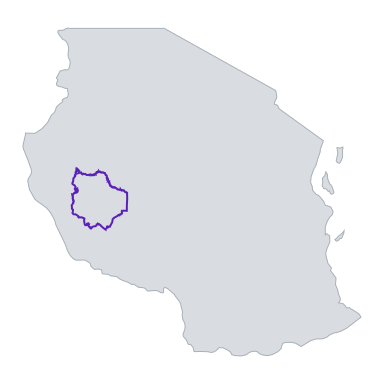 Mlele, Katavi, United Republic of Tanzania (highlighted)
{"feature_id": "72390352B12905062635487", "entity_name": "Mlele", "entity_type": "district", "adm_level": 2, "iso_a3": "TZA", "parent_name": "United Republic of Tanzania", "parent_adm1": "Katavi", "projection": "mercator", "projection_center": [31.658, -6.61], "detail": "fine", "context": "in_parent", "style": "outline", "palette": "violet", "viewbox_px": 384, "rotation_deg": 0, "n_neighbors": 0, "source": "geoboundaries", "source_scale": "gbopen_adm2", "svg_char_len": 8824}
<svg xmlns="http://www.w3.org/2000/svg" viewBox="0 0 384 384"><path d="M132.1,284.6L127.2,282.0L122.7,280.4L119.0,278.6L117.4,276.9L113.9,276.2L110.9,276.0L108.2,274.3L102.5,273.8L101.9,272.7L101.8,270.3L100.8,269.7L98.7,269.1L96.5,269.1L95.1,269.5L94.3,269.3L92.5,267.9L90.8,266.1L90.1,263.3L87.5,261.5L84.5,260.0L76.2,260.2L74.9,259.7L72.9,258.3L70.6,255.9L68.8,253.2L67.1,249.6L65.4,244.6L55.9,224.9L54.9,221.2L53.1,217.1L50.0,212.0L46.8,208.2L42.4,204.8L37.4,201.4L34.8,199.1L29.6,189.9L28.6,185.5L27.8,181.1L28.1,179.2L31.3,173.5L31.6,171.8L31.3,169.6L29.7,165.0L27.7,159.5L23.6,149.3L23.0,146.7L23.1,144.8L25.5,134.5L25.5,133.1L35.0,133.3L42.0,128.7L48.0,122.0L49.2,119.2L51.7,114.8L54.1,112.7L55.1,111.2L56.5,106.9L59.6,104.0L62.7,101.7L62.1,100.1L62.6,99.6L64.2,98.4L67.5,97.3L68.2,95.1L68.2,92.5L67.6,91.1L67.7,89.5L67.2,88.5L65.1,88.3L61.9,87.0L59.2,86.5L57.4,85.8L56.7,85.2L56.4,83.7L57.9,79.7L56.4,78.1L59.8,71.6L60.4,70.8L61.6,70.7L63.5,70.0L65.2,69.7L66.7,69.9L67.8,69.7L68.7,68.9L69.5,66.7L70.2,63.0L69.8,60.0L68.4,57.7L68.0,54.1L68.7,49.3L68.2,45.4L66.7,42.2L65.1,40.3L62.7,39.4L59.0,34.6L57.8,32.3L58.0,30.8L59.3,30.2L61.7,30.4L64.0,29.9L66.1,28.5L68.1,28.1L69.2,28.4L164.3,28.4L275.4,90.4L275.9,91.1L276.8,96.5L276.6,98.3L274.9,101.4L274.4,103.0L274.3,104.1L274.8,104.5L276.2,104.7L277.5,105.4L277.9,106.0L278.9,108.3L280.1,109.5L322.3,140.0L323.3,140.5L322.7,143.0L320.3,149.2L320.2,151.8L319.2,154.9L318.3,156.9L315.9,165.6L313.9,168.9L311.1,176.6L310.6,182.4L312.2,186.5L312.7,190.4L316.0,194.2L318.6,195.5L320.4,197.3L323.5,201.2L325.3,205.2L330.9,207.1L333.1,211.6L332.3,214.6L329.7,217.2L327.3,221.3L325.3,226.7L325.3,234.9L326.6,233.7L329.6,235.7L329.9,241.8L326.9,248.9L325.9,252.2L325.8,255.0L328.0,263.5L331.4,267.8L331.1,269.2L330.3,270.3L336.0,278.0L335.5,284.7L337.7,289.9L338.6,294.4L340.1,297.8L340.3,300.2L338.6,302.9L342.8,303.5L345.2,305.7L346.4,307.8L349.4,307.7L351.1,309.1L353.5,310.3L358.7,313.7L360.1,315.5L361.0,317.2L346.6,328.2L341.3,331.0L337.6,332.3L333.7,333.0L329.9,334.8L326.3,337.5L321.8,338.9L316.2,338.9L310.3,340.8L301.1,346.5L295.8,343.3L291.6,342.3L286.8,342.4L283.8,342.8L282.8,343.5L281.8,345.4L281.1,348.6L277.9,351.7L272.3,354.6L267.2,355.7L262.5,354.9L259.4,353.7L257.7,352.0L255.3,351.2L252.0,351.4L249.0,352.6L246.0,354.9L241.3,355.9L234.8,355.6L231.4,354.4L230.9,352.5L228.1,350.3L222.9,347.8L219.1,347.7L216.6,350.2L214.4,351.7L212.3,352.3L210.5,352.4L207.9,351.7L200.8,351.5L194.0,351.6L193.3,348.0L191.9,345.9L190.7,344.6L188.4,344.3L187.7,343.3L186.9,341.1L185.8,339.2L184.3,337.6L183.3,336.2L183.0,334.9L183.3,333.4L184.7,329.8L185.1,327.3L185.0,324.7L184.2,322.1L182.6,319.0L182.8,318.1L182.2,316.0L182.2,314.6L182.5,312.7L182.2,310.3L180.8,305.1L180.8,303.8L179.3,301.3L174.8,295.4L174.6,294.6L167.6,288.6L164.8,287.3L163.7,288.4L163.4,289.5L163.7,291.4L163.5,292.3L163.2,292.8L161.5,292.7L160.5,292.5L157.8,290.9L155.7,290.5L150.6,290.8L148.8,291.1L147.3,290.8L144.6,288.0L141.4,287.5L138.5,287.3L133.8,284.2L132.1,284.6ZM331.6,185.6L333.9,192.1L333.6,193.3L332.0,194.1L331.2,194.1L330.1,193.1L329.4,190.9L328.2,191.4L326.0,188.8L323.9,188.7L322.1,185.6L322.8,182.8L322.4,178.2L324.7,175.8L325.9,171.8L327.4,174.5L327.7,178.8L329.7,183.8L331.6,185.6ZM342.8,147.0L343.0,148.5L342.5,149.9L342.6,154.5L342.4,157.6L340.7,161.8L339.3,163.3L338.0,162.9L337.0,162.2L336.2,161.0L337.8,153.3L337.0,147.6L340.2,148.1L342.8,147.0ZM338.1,240.7L336.5,241.1L335.9,240.7L334.9,239.5L336.6,238.4L338.3,236.3L342.2,233.2L344.1,230.7L343.8,233.1L341.6,238.4L339.7,238.7L338.1,240.7Z" fill="#d9dde1" stroke="#a8b0b8" stroke-width="1"/><path d="M101.1,172.5L100.8,172.4L100.9,172.2L100.7,172.1L100.4,172.0L100.0,172.0L99.3,172.0L99.1,171.7L98.9,171.8L99.0,171.5L98.1,171.7L98.3,171.8L98.2,171.9L97.9,171.8L97.9,171.7L97.7,172.0L97.4,172.3L97.2,172.7L96.5,173.0L96.4,173.0L96.3,172.9L96.1,173.0L96.1,173.3L95.7,173.6L95.7,173.8L95.6,173.7L95.4,173.7L95.1,173.8L95.2,174.1L95.0,174.4L94.8,174.6L94.7,174.8L94.5,174.6L94.2,174.9L94.0,175.0L93.4,174.8L93.2,174.8L92.8,175.3L92.6,175.3L92.4,175.0L92.5,174.8L92.2,174.9L91.8,175.0L91.6,175.2L91.4,175.1L91.3,174.8L91.1,174.7L90.8,174.6L90.6,174.4L90.4,174.4L90.3,174.5L90.1,174.5L89.8,174.6L89.7,174.9L89.4,174.9L89.4,175.0L89.1,174.8L88.8,174.8L88.7,175.0L88.9,175.1L88.4,174.9L88.2,175.0L88.0,174.9L86.6,175.0L85.4,174.0L85.2,173.9L84.8,174.1L83.3,173.7L82.9,174.3L82.5,174.4L81.6,173.7L81.3,172.6L81.2,172.5L80.8,172.8L80.4,172.8L80.0,172.3L79.9,172.3L79.6,172.5L79.0,173.0L78.7,173.1L78.3,173.2L78.7,172.5L78.7,171.9L78.6,171.5L78.2,171.3L78.2,171.1L78.2,170.9L78.7,170.6L78.1,170.2L78.2,169.6L77.5,169.3L77.1,168.6L76.5,168.3L76.3,169.3L76.4,169.5L76.4,170.3L76.4,170.7L76.0,171.4L76.1,171.8L75.6,172.2L75.6,172.3L75.6,172.5L76.0,173.2L76.0,173.7L75.7,174.3L75.3,174.7L75.2,174.6L74.9,175.2L75.3,175.7L75.2,176.2L74.7,176.6L74.5,177.1L74.1,177.6L73.5,178.1L73.3,179.2L73.3,179.8L73.2,180.2L73.2,181.1L72.8,182.3L72.4,182.8L72.4,183.4L72.4,183.7L72.7,184.2L74.6,185.4L75.0,186.1L75.3,186.4L75.6,187.0L75.3,187.7L75.5,188.2L74.9,188.6L75.2,189.3L75.0,189.6L75.2,189.8L75.4,190.0L76.0,189.3L76.4,189.5L76.9,188.9L77.2,188.7L77.2,189.0L77.5,189.4L77.9,190.8L77.7,191.1L77.0,191.3L77.4,191.6L77.4,192.0L77.1,192.3L75.9,192.8L75.5,192.3L75.2,192.2L75.0,192.3L74.9,192.6L74.6,193.0L74.2,193.0L73.9,193.4L73.6,193.7L73.5,194.1L73.3,194.2L73.3,194.4L73.2,194.2L72.5,194.4L72.2,194.3L72.3,195.2L72.5,195.2L72.6,195.5L72.8,195.8L73.0,196.1L72.7,197.0L72.9,197.5L72.7,197.7L72.7,198.1L72.9,198.6L72.7,198.9L72.9,199.3L73.1,199.3L73.2,199.5L73.0,199.8L73.0,200.1L73.4,200.3L73.4,200.6L73.6,200.7L73.6,200.9L73.8,201.3L73.5,201.9L73.4,201.8L73.2,202.3L73.3,202.4L73.0,202.9L73.2,203.3L72.6,204.0L71.7,205.3L71.8,206.6L71.9,206.9L72.0,207.7L71.9,208.2L72.0,208.9L72.3,209.0L73.0,209.8L73.0,210.8L72.5,213.0L73.5,214.2L74.0,214.3L75.3,214.3L76.3,214.7L77.5,215.6L78.3,216.2L78.2,216.8L78.8,217.5L79.3,217.3L79.4,217.2L79.6,217.3L80.9,217.4L81.3,217.3L81.8,217.3L82.2,217.5L82.5,217.8L83.2,217.9L83.7,218.3L84.1,218.3L84.4,218.5L84.1,220.8L84.2,221.5L84.6,223.9L84.9,224.5L85.3,225.2L86.9,225.1L87.0,223.7L87.8,223.5L88.3,223.3L88.5,223.5L88.5,224.0L88.7,224.4L88.6,224.5L88.9,224.5L88.7,224.9L88.7,225.6L88.8,226.4L89.4,227.0L89.8,227.0L89.9,227.5L90.3,228.2L90.8,228.5L91.1,228.5L91.3,228.2L91.2,227.7L91.7,227.6L91.7,227.4L92.0,227.3L92.5,226.7L92.8,226.6L93.7,226.5L94.9,226.2L95.6,226.2L96.0,225.8L96.0,225.6L96.6,224.9L96.9,224.4L97.1,224.3L97.4,224.3L97.6,224.4L97.6,224.5L98.0,224.5L97.9,224.4L98.0,224.4L98.0,224.2L98.2,224.3L97.9,224.1L97.9,223.9L98.0,223.8L98.0,223.7L99.1,224.1L100.0,224.8L100.4,225.0L100.5,225.3L100.9,225.7L102.3,227.1L104.3,228.7L105.5,229.5L105.5,229.3L105.9,229.0L106.1,228.6L106.6,228.2L106.9,227.5L106.9,226.7L107.2,226.4L107.4,226.4L107.6,226.6L107.8,227.0L108.1,227.3L108.7,226.6L109.6,226.7L110.0,226.6L110.0,226.2L110.2,225.9L110.3,225.6L110.6,225.3L110.6,225.0L111.5,223.6L112.3,221.9L112.7,219.1L113.3,218.5L113.9,218.2L114.1,217.8L115.4,217.0L116.4,216.6L118.0,215.4L118.3,215.2L118.7,215.4L119.1,215.4L119.0,214.9L119.3,214.9L119.4,214.7L119.7,214.6L120.2,214.6L120.4,214.3L120.8,214.4L121.1,214.0L121.9,213.6L122.1,213.3L122.1,213.0L121.7,211.8L121.9,210.8L124.8,210.7L126.8,210.8L126.9,203.4L127.0,203.1L127.0,202.8L127.1,200.5L127.2,199.1L127.1,195.5L127.1,192.7L126.5,192.3L126.3,192.4L126.2,192.2L125.6,192.2L125.2,192.1L124.9,191.6L124.4,191.3L124.1,190.6L123.9,190.6L123.8,190.4L123.7,190.4L123.0,190.3L122.9,190.4L122.5,190.4L122.2,190.5L122.2,190.4L122.0,190.5L121.9,190.4L121.7,190.1L121.3,189.9L121.0,190.0L120.8,189.7L120.8,189.8L119.8,189.9L119.4,189.5L119.2,189.6L118.7,189.5L118.3,189.6L117.9,189.6L117.6,189.5L117.4,189.1L116.6,188.7L116.5,188.3L115.5,187.8L115.2,187.8L115.2,187.5L115.0,187.4L114.5,187.3L114.4,187.2L114.2,187.4L113.8,187.5L113.8,187.3L113.4,187.3L113.4,187.6L113.1,187.6L112.7,187.3L112.7,187.1L112.4,187.1L112.4,186.9L112.2,186.9L112.1,187.0L111.9,186.8L111.7,186.8L111.7,186.6L111.5,186.3L111.0,186.3L110.6,186.0L110.4,185.8L110.5,185.6L110.3,185.5L110.3,185.2L110.1,185.2L110.0,184.8L109.9,184.7L109.8,184.9L109.7,184.7L109.8,184.2L109.8,183.9L109.5,183.7L109.3,183.5L109.4,182.8L109.2,182.7L109.4,182.3L109.1,182.0L108.9,182.1L108.7,181.5L108.4,181.5L108.7,181.2L108.3,181.1L108.2,180.9L108.3,180.9L108.2,180.5L108.1,180.4L107.6,180.1L107.8,180.0L107.9,179.7L107.7,179.6L107.6,179.3L107.7,178.9L107.4,178.9L107.3,178.7L107.1,178.8L107.0,178.7L107.1,178.4L107.1,178.1L106.7,177.8L106.7,177.7L107.0,177.6L106.8,177.4L106.8,176.9L106.9,176.7L106.9,176.3L106.8,175.8L106.4,175.2L106.1,175.1L105.8,175.1L105.6,174.9L105.5,174.5L105.2,174.1L105.2,173.7L105.1,173.2L104.5,173.1L104.3,172.9L104.1,172.9L103.6,172.8L103.3,172.5L103.0,172.7L102.5,172.7L102.3,172.5L102.1,172.7L101.9,172.7L101.5,172.3L101.1,172.5Z" fill="none" stroke="#5b21b6" stroke-width="2"/></svg>